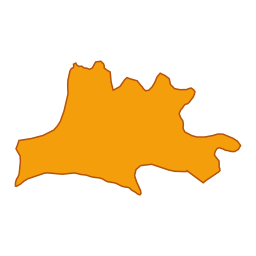 SVG path tracing the border of Nassarawa
{"feature_id": "NGA-2867", "entity_name": "Nassarawa", "entity_type": "State", "adm_level": 1, "iso_a3": "NGA", "parent_name": "Nigeria", "parent_adm1": "", "projection": "albers", "projection_center": [8.322, 8.561], "detail": "fine", "context": "isolated", "style": "filled", "palette": "amber", "viewbox_px": 256, "rotation_deg": 0, "n_neighbors": 0, "source": "natural_earth", "source_scale": "10m", "svg_char_len": 1897}
<svg xmlns="http://www.w3.org/2000/svg" viewBox="0 0 256 256"><path d="M240.6,145.6L238.4,149.3L234.9,151.5L232.6,151.6L230.2,151.3L227.7,150.6L225.3,150.2L223.3,149.1L219.2,147.7L217.1,148.6L215.7,150.5L214.8,152.7L214.5,155.3L219.0,161.0L219.2,165.3L219.1,166.8L219.7,168.4L220.0,170.6L218.3,172.2L206.1,180.4L203.2,182.8L187.2,170.9L187.2,171.4L184.1,171.6L174.8,171.3L168.7,170.0L151.7,164.3L140.6,165.6L136.0,169.6L134.6,175.6L136.5,181.7L140.5,190.4L141.0,193.4L140.0,194.8L139.3,194.7L138.3,194.3L137.4,193.8L135.3,192.2L131.4,190.0L129.5,187.9L127.0,187.2L124.3,186.9L121.6,186.1L117.1,183.8L114.8,182.9L107.7,181.7L106.3,181.2L102.1,178.7L99.2,177.9L93.2,177.2L90.3,176.5L86.3,175.1L80.9,174.5L76.6,173.4L75.6,173.2L74.2,173.0L62.3,174.2L47.5,172.9L44.6,173.1L27.6,178.9L23.3,181.5L23.2,181.9L22.6,182.2L21.0,183.7L18.1,185.5L16.1,186.3L15.4,186.1L15.5,182.6L16.5,179.2L18.0,176.8L19.1,174.1L20.4,161.6L20.1,156.1L16.0,148.8L18.1,143.3L18.9,140.5L31.0,138.6L42.9,135.5L53.7,130.1L57.4,126.0L60.4,121.2L64.0,111.1L68.0,93.9L67.7,85.6L67.9,80.3L69.9,71.2L71.4,68.4L72.4,68.2L73.4,67.5L73.7,65.9L73.5,64.2L75.8,63.1L77.0,65.3L79.1,66.4L81.7,66.2L83.8,67.8L85.2,68.1L86.6,68.1L89.5,69.3L92.3,68.0L95.6,62.0L100.7,61.2L103.5,63.8L104.2,65.7L104.2,67.9L106.9,70.1L110.2,72.0L111.1,82.0L113.2,90.2L119.9,86.6L124.7,79.7L127.0,77.6L129.7,78.7L137.2,80.8L140.6,85.2L142.2,86.8L143.4,88.7L145.4,90.7L148.7,90.3L152.3,86.7L155.0,81.9L157.1,76.9L160.2,73.2L165.1,75.6L169.2,78.7L170.5,84.5L174.5,88.6L180.0,89.7L185.8,89.6L187.2,89.4L188.5,88.7L191.1,88.0L193.4,89.6L194.9,91.5L194.5,93.9L193.3,96.9L189.7,101.7L187.8,103.6L184.7,104.6L182.7,107.6L180.6,110.2L179.1,113.8L180.8,117.9L182.8,120.8L183.4,124.3L183.0,128.4L184.8,131.9L191.8,135.6L196.9,137.0L204.8,137.0L212.5,135.6L217.9,134.0L223.1,134.2L233.0,138.3L237.5,141.2L240.6,145.6Z" fill="#f59e0b" stroke="#b45309" stroke-width="1.5"/></svg>